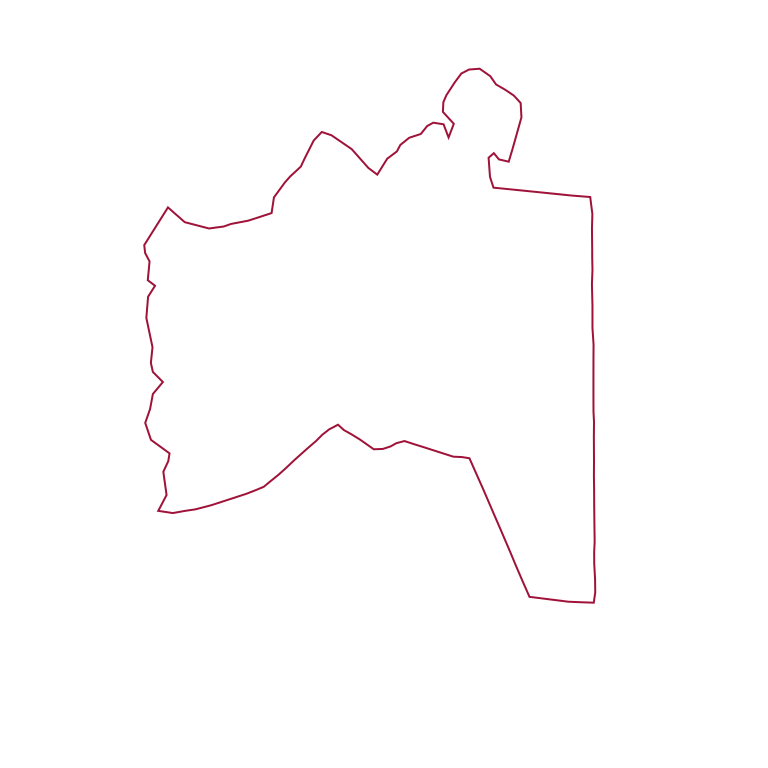 Cidreira, Rio Grande do Sul, Brazil, rotated 342°
{"feature_id": "56859067B17697347991096", "entity_name": "Cidreira", "entity_type": "district", "adm_level": 2, "iso_a3": "BRA", "parent_name": "Brazil", "parent_adm1": "Rio Grande do Sul", "projection": "natural_earth1", "projection_center": [-50.272, -30.138], "detail": "fine", "context": "isolated", "style": "outline", "palette": "rose", "viewbox_px": 768, "rotation_deg": 342, "n_neighbors": 0, "source": "geoboundaries", "source_scale": "gbopen_adm2", "svg_char_len": 1858}
<svg xmlns="http://www.w3.org/2000/svg" viewBox="0 0 768 768"><g transform="rotate(342 384 384)"><path d="M515.9,656.8L520.5,647.5L524.5,634.6L528.4,619.9L531.9,608.9L535.5,599.4L538.0,591.4L540.5,583.3L546.2,565.0L550.9,550.3L555.1,536.7L559.8,522.5L564.4,508.1L567.2,499.3L572.0,485.0L574.7,475.0L580.2,457.9L584.1,445.9L590.5,426.3L595.5,411.2L599.5,395.4L606.5,373.8L612.6,353.3L617.6,339.7L620.8,329.0L623.5,320.6L629.9,300.2L634.7,286.7L637.9,269.9L620.8,262.8L548.8,231.1L548.8,219.8L553.4,201.1L559.8,198.4L562.7,205.9L571.3,211.1L578.8,200.3L597.1,172.9L600.8,159.0L596.6,149.8L590.1,141.5L583.1,133.7L580.2,124.1L572.4,113.7L562.0,111.2L553.5,112.6L544.5,119.0L532.6,128.6L527.6,134.2L524.1,143.4L530.8,158.1L521.6,169.5L520.9,155.4L511.6,150.7L504.8,152.0L496.2,157.6L484.1,157.6L473.4,161.7L468.1,166.8L456.7,170.7L442.3,182.8L435.9,173.7L425.9,150.7L410.9,131.2L402.7,125.1L392.4,130.7L378.5,144.7L372.1,151.5L365.3,154.7L358.9,157.6L352.0,161.7L337.0,172.5L329.9,186.7L305.2,186.7L288.0,184.5L280.3,184.7L265.6,182.0L244.5,168.5L233.1,149.3L198.9,177.8L197.3,185.6L198.9,195.0L191.4,212.3L196.6,219.8L186.6,228.1L178.4,247.7L175.2,277.5L168.8,291.9L167.9,301.1L174.3,313.8L161.1,322.1L153.8,335.5L144.9,347.2L145.1,365.1L158.6,383.7L155.0,390.7L147.0,399.3L142.9,422.4L130.1,434.9L143.3,441.5L155.7,443.2L165.7,444.9L173.6,445.4L182.1,445.9L193.2,445.9L210.7,445.9L219.2,445.9L227.9,445.4L237.9,444.6L245.7,441.5L255.9,437.6L265.3,433.4L275.6,428.5L290.6,421.9L302.0,417.1L309.6,413.2L317.8,410.2L327.7,408.5L331.6,415.4L337.7,422.0L343.9,429.3L354.1,442.9L362.8,445.4L371.0,445.4L377.4,444.1L385.9,444.6L393.4,450.1L402.3,456.4L427.4,474.5L435.6,477.6L442.3,481.0L445.9,515.5L448.4,542.5L449.8,557.2L451.9,580.2L453.4,598.5L454.8,613.6L456.6,631.4L492.0,648.0L503.8,652.4L515.9,656.8Z" fill="none" stroke="#9f1239" stroke-width="2"/></g></svg>